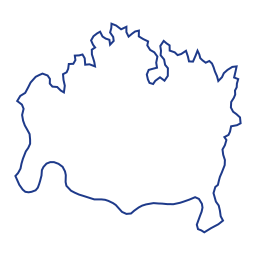 outline of Santa Maria da Serra, São Paulo, Brazil
{"feature_id": "56859067B48466471181583", "entity_name": "Santa Maria da Serra", "entity_type": "district", "adm_level": 2, "iso_a3": "BRA", "parent_name": "Brazil", "parent_adm1": "São Paulo", "projection": "mercator", "projection_center": [-48.153, -22.565], "detail": "fine", "context": "isolated", "style": "outline", "palette": "blue", "viewbox_px": 256, "rotation_deg": 0, "n_neighbors": 0, "source": "geoboundaries", "source_scale": "gbopen_adm2", "svg_char_len": 2581}
<svg xmlns="http://www.w3.org/2000/svg" viewBox="0 0 256 256"><path d="M204.3,232.3L211.3,228.0L218.3,224.3L223.0,220.6L220.7,216.3L219.9,210.6L218.7,205.5L215.9,201.6L213.5,193.1L215.3,187.0L217.9,184.9L218.9,180.6L219.9,176.9L221.8,172.5L224.7,165.1L224.9,160.0L223.2,154.8L222.5,149.5L224.9,145.2L226.4,140.0L224.4,137.1L228.5,134.9L230.0,131.7L231.1,126.3L237.0,125.2L240.6,123.3L240.0,117.4L236.4,114.1L233.1,111.7L230.9,107.5L231.2,102.0L233.8,97.9L235.2,94.6L235.0,90.5L236.7,87.3L236.9,83.6L238.2,79.1L234.1,77.5L235.5,71.6L236.6,66.4L232.3,66.9L227.5,69.9L223.8,73.2L222.0,77.2L218.3,81.0L217.0,76.2L214.9,71.4L213.6,67.3L212.0,63.5L209.3,61.0L205.7,62.7L202.6,60.4L200.3,58.2L199.3,54.5L197.5,50.7L195.6,55.6L193.0,61.6L189.0,61.4L187.9,56.5L186.0,50.8L181.2,54.0L177.6,55.1L174.7,52.3L169.7,50.6L169.6,45.4L166.6,43.4L163.7,40.9L160.3,46.0L161.0,50.8L160.6,55.2L164.1,59.5L165.1,64.8L167.9,68.2L167.8,75.9L164.5,80.7L160.0,77.3L155.3,80.8L153.1,84.0L149.5,82.9L147.9,79.4L146.8,74.5L148.7,69.9L153.1,68.7L157.0,67.7L156.2,62.7L157.4,56.6L154.3,52.3L150.1,49.9L147.3,45.4L148.1,41.4L143.3,39.1L138.8,36.4L138.9,30.6L135.1,31.5L132.2,33.6L128.6,36.6L126.4,32.1L126.4,26.8L121.1,29.3L116.1,25.5L111.5,23.7L111.3,28.0L110.1,32.5L113.2,37.0L113.7,40.9L110.1,44.7L109.4,39.8L105.7,38.6L102.5,36.5L100.1,31.7L97.1,33.4L93.5,36.2L91.1,40.4L93.0,44.7L95.1,47.5L91.8,49.7L91.9,54.4L93.2,58.4L94.3,62.1L95.0,66.4L89.5,64.3L85.2,64.7L84.7,58.3L82.5,54.5L79.1,55.4L74.8,55.6L75.4,60.1L73.3,63.8L68.8,64.0L68.2,68.8L66.6,72.3L63.0,74.2L63.5,79.9L64.8,85.7L63.9,92.4L60.7,90.5L57.2,87.0L52.4,86.6L49.8,83.6L49.9,78.9L47.6,75.5L42.5,73.6L39.3,75.0L35.7,76.8L30.6,82.5L28.2,87.3L25.2,92.9L20.3,95.9L17.2,101.0L21.9,104.6L23.6,108.8L22.1,115.0L23.1,120.7L24.8,125.4L27.4,130.0L29.6,134.1L30.1,139.6L30.1,143.8L28.2,148.0L25.8,151.4L22.9,158.8L21.5,163.6L20.5,168.6L18.1,173.0L15.4,176.0L19.3,184.8L22.7,189.6L25.3,191.8L28.6,192.3L31.6,191.8L35.6,190.3L37.8,187.7L39.1,184.2L40.1,180.9L41.5,175.5L41.9,170.1L43.5,166.9L46.5,163.6L50.3,162.1L53.9,162.1L58.5,163.8L62.6,166.8L65.0,171.4L65.8,175.1L65.6,182.0L66.4,185.8L71.0,190.7L74.8,192.7L79.1,194.6L82.7,195.7L94.3,199.4L101.4,199.4L105.1,199.8L108.4,200.9L113.0,203.1L115.8,205.0L122.0,211.9L126.4,213.9L131.0,213.5L134.2,210.7L138.8,207.4L142.2,205.6L146.1,204.4L153.5,203.1L158.7,203.5L161.9,203.6L167.0,204.1L173.4,204.2L180.0,202.8L183.4,201.7L189.4,199.6L195.1,197.2L198.9,198.9L201.9,203.8L202.5,207.6L201.6,211.7L200.1,215.6L196.8,224.7L198.0,229.1L201.3,230.4L204.3,232.3Z" fill="none" stroke="#1e3a8a" stroke-width="2"/></svg>